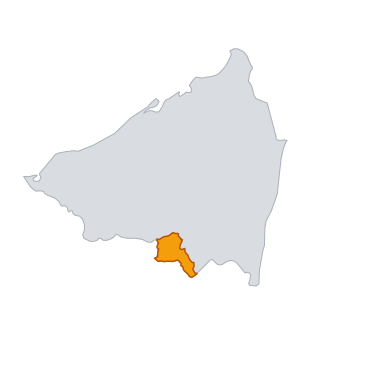 Nicaragua, with Nueva Segovia highlighted, rotated 233°
{"feature_id": "NIC-667", "entity_name": "Nueva Segovia", "entity_type": "Department", "adm_level": 1, "iso_a3": "NIC", "parent_name": "Nicaragua", "parent_adm1": "", "projection": "natural_earth1", "projection_center": [-86.233, 13.77], "detail": "fine", "context": "in_parent", "style": "filled", "palette": "amber", "viewbox_px": 384, "rotation_deg": 233, "n_neighbors": 0, "source": "natural_earth", "source_scale": "10m", "svg_char_len": 3752}
<svg xmlns="http://www.w3.org/2000/svg" viewBox="0 0 384 384"><g transform="rotate(233 192 192)"><path d="M305.6,66.9L304.2,69.1L302.7,70.5L299.5,77.6L298.4,78.2L298.2,73.0L296.2,72.3L294.0,74.2L292.8,76.8L294.7,80.3L296.5,80.4L298.5,81.3L304.2,105.5L303.0,109.8L299.6,116.5L296.3,122.2L293.0,125.7L288.9,140.9L285.3,165.6L288.0,187.8L286.7,208.3L287.9,213.1L288.3,219.2L285.6,220.2L284.0,220.1L282.4,216.4L282.6,213.1L284.2,209.3L284.9,204.1L284.1,201.4L282.5,207.3L279.7,209.9L277.8,210.9L276.0,213.8L277.9,219.5L280.4,223.6L281.2,226.5L280.3,230.0L279.8,242.0L278.9,241.7L278.0,240.0L275.4,239.9L275.1,244.8L275.3,247.5L273.1,249.5L272.3,251.6L274.1,253.1L276.1,254.0L278.6,253.8L280.7,259.7L281.3,264.5L276.6,269.0L275.0,272.7L272.4,277.1L270.9,281.5L270.4,284.7L272.3,294.7L275.5,301.7L278.2,306.2L281.9,307.2L281.1,312.0L278.3,315.0L273.4,317.5L267.9,317.9L258.9,315.6L255.3,315.3L253.9,314.0L253.4,311.7L250.9,308.2L246.2,303.5L243.5,303.9L239.1,302.8L231.7,299.7L228.3,299.3L223.5,302.0L217.8,305.6L204.2,300.0L194.6,296.1L186.0,292.6L183.7,291.2L181.8,291.5L180.2,293.3L178.3,296.6L177.7,297.5L176.7,298.4L175.6,298.7L175.5,297.1L171.3,290.6L164.6,282.8L139.0,258.8L129.5,244.5L124.5,234.2L119.7,228.8L105.8,217.8L102.7,213.5L89.0,198.8L78.5,190.2L78.4,186.5L82.7,181.9L84.8,182.1L87.1,185.4L90.8,189.1L92.5,189.2L95.1,187.4L95.2,185.7L109.2,185.0L111.7,184.0L114.3,181.3L115.6,177.6L115.8,173.9L116.3,171.3L118.6,168.8L122.7,168.0L125.9,167.7L126.8,166.0L125.8,160.5L124.1,147.0L123.8,143.3L124.4,140.5L125.6,139.5L131.9,138.8L143.6,139.9L145.9,139.1L150.6,131.4L155.0,125.8L158.1,123.3L160.6,122.6L163.4,127.5L173.4,134.7L175.0,134.2L176.0,133.9L176.3,132.8L176.2,129.5L178.6,126.5L183.8,123.9L189.0,119.1L194.2,112.3L198.7,108.3L202.5,107.1L203.9,105.3L203.0,102.8L203.3,99.2L204.8,94.5L207.1,91.9L210.0,91.1L211.1,89.7L210.5,87.5L211.1,85.1L213.7,81.1L220.0,77.8L223.5,78.9L226.5,83.4L230.8,86.5L236.2,88.2L240.5,87.6L243.5,84.7L246.2,83.9L248.6,85.0L249.9,84.3L250.0,82.0L251.2,81.4L253.6,82.7L255.7,83.0L257.5,82.4L258.2,81.2L258.6,80.1L260.0,79.2L264.7,80.0L269.9,78.7L275.8,75.0L279.7,73.4L281.6,73.8L283.9,72.0L286.6,67.9L292.7,66.1L305.6,66.9Z" fill="#d9dde1" stroke="#a8b0b8" stroke-width="1"/><path d="M161.6,122.3L161.6,122.9L161.0,124.2L161.2,125.8L164.7,128.7L165.8,130.3L166.2,130.7L166.9,131.0L167.3,130.9L167.8,130.6L168.5,130.6L169.6,131.2L170.2,132.2L170.7,133.4L171.5,134.5L172.6,134.9L173.8,134.9L174.8,135.0L175.5,135.9L174.4,136.7L173.9,137.4L173.6,138.4L173.5,141.2L173.3,141.9L173.1,142.7L171.7,145.5L171.2,146.9L171.0,148.3L171.1,151.9L170.6,152.6L169.7,153.2L168.5,154.1L167.7,155.5L167.3,155.8L166.7,155.9L166.2,155.6L165.8,155.1L165.2,154.8L164.3,154.7L161.7,155.0L161.2,155.2L160.7,154.5L160.1,154.7L159.6,155.4L158.1,153.3L157.0,151.0L156.5,150.3L156.1,149.9L154.3,148.3L153.4,148.6L152.2,149.1L152.1,149.4L151.9,149.8L151.6,151.4L151.2,152.1L149.7,151.3L148.7,150.6L147.9,150.4L147.3,150.3L145.2,150.6L143.6,150.6L140.8,149.6L137.2,149.5L136.7,149.6L135.5,149.9L135.0,150.5L134.2,150.9L133.6,150.3L133.0,149.9L132.2,149.5L131.6,149.1L131.2,148.5L130.9,148.0L129.9,146.3L126.4,145.6L125.3,145.6L125.1,145.8L124.9,145.9L124.5,146.5L124.1,146.9L123.9,146.7L123.7,146.4L123.6,145.9L123.8,142.7L123.8,141.7L123.9,140.9L124.0,140.5L124.2,140.3L124.8,139.8L126.0,139.2L127.0,139.1L129.2,139.4L133.3,138.5L135.3,138.4L137.0,139.4L137.9,139.7L138.6,139.4L139.3,139.0L140.0,138.9L140.8,139.8L141.1,140.1L141.6,140.3L142.0,140.3L144.6,140.1L145.5,139.9L146.2,139.5L146.8,138.7L147.1,137.8L147.5,136.1L148.3,134.6L151.6,130.6L153.3,127.5L153.9,127.1L154.5,126.8L155.1,126.4L155.7,125.7L156.0,125.0L156.2,124.4L156.5,123.9L157.1,123.3L157.7,122.9L161.6,122.3Z" fill="#f59e0b" stroke="#b45309" stroke-width="1.5"/></g></svg>